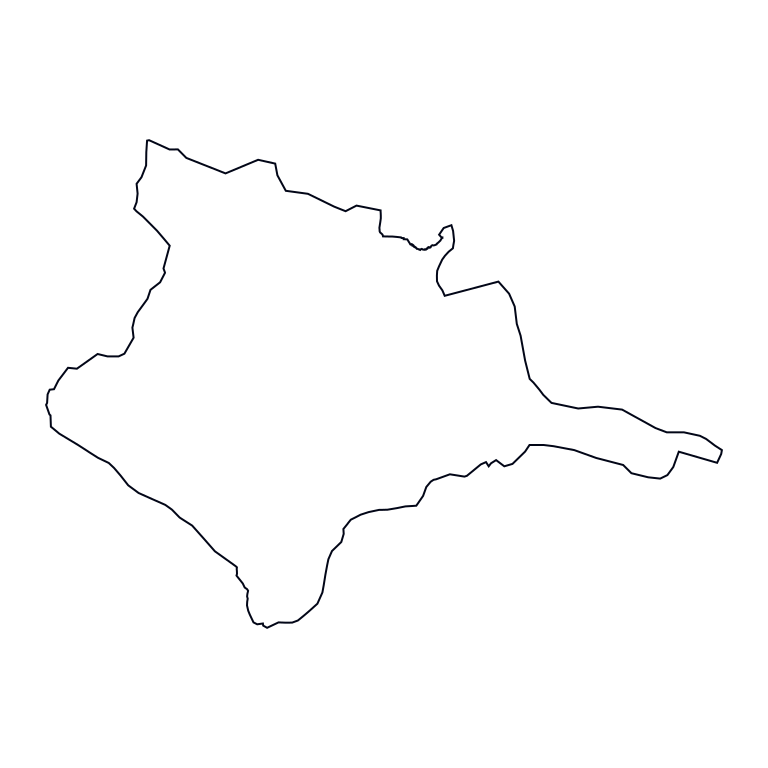 Akko, Gombe, Nigeria (Albers equal-area conic projection)
{"feature_id": "59680162B95139171035149", "entity_name": "Akko", "entity_type": "district", "adm_level": 2, "iso_a3": "NGA", "parent_name": "Nigeria", "parent_adm1": "Gombe", "projection": "albers", "projection_center": [11.094, 10.102], "detail": "fine", "context": "isolated", "style": "outline", "palette": "ink", "viewbox_px": 768, "rotation_deg": 0, "n_neighbors": 0, "source": "geoboundaries", "source_scale": "gbopen_adm2", "svg_char_len": 4220}
<svg xmlns="http://www.w3.org/2000/svg" viewBox="0 0 768 768"><path d="M263.2,625.6L267.1,627.8L278.5,622.4L286.1,622.7L292.2,622.6L297.9,620.5L303.9,615.6L308.6,611.6L317.4,603.7L322.4,592.5L323.7,585.3L325.0,577.2L325.4,574.7L327.1,565.5L328.4,559.2L332.0,551.0L341.3,542.0L343.7,533.9L343.4,529.0L347.6,523.8L348.0,523.2L350.8,519.7L355.6,517.3L360.6,514.7L368.6,512.1L379.0,509.9L380.5,509.9L387.5,509.7L397.0,508.1L405.4,506.4L412.1,506.0L416.3,505.7L423.1,495.9L426.3,487.0L430.7,481.7L433.6,479.8L436.1,479.3L449.9,474.3L458.8,475.7L461.8,476.2L464.5,476.6L466.6,475.9L466.8,475.9L480.8,464.4L486.0,462.1L488.7,466.3L491.0,463.3L496.1,460.1L504.3,466.3L512.5,463.9L525.1,451.6L529.5,445.0L543.7,445.0L553.6,446.2L574.3,450.1L596.3,458.0L600.6,459.1L623.2,465.0L631.4,473.2L648.2,477.3L660.2,478.6L667.4,475.1L673.3,467.0L678.8,451.7L717.1,462.8L721.2,454.0L721.9,450.1L714.8,445.5L706.2,439.0L699.9,435.8L683.8,432.3L666.7,432.3L655.6,428.1L634.4,416.4L622.1,409.6L598.0,406.7L578.2,408.5L551.5,402.9L547.9,399.4L546.7,398.2L543.3,394.9L539.4,389.7L533.9,383.1L533.5,382.6L529.7,378.9L525.1,360.5L520.6,335.7L516.8,323.9L514.7,306.5L509.1,293.7L498.4,281.6L459.5,291.9L444.7,295.8L442.4,290.4L439.0,285.6L437.0,281.3L436.9,275.6L437.2,270.8L439.0,266.4L442.2,259.6L445.0,255.7L448.7,251.7L452.9,248.3L453.4,244.9L454.1,241.0L454.1,240.4L453.8,237.8L453.6,235.8L453.2,232.0L453.1,231.0L451.4,225.2L443.7,228.0L439.1,234.7L441.3,237.2L441.4,237.4L442.4,237.4L442.4,237.9L441.7,237.9L441.6,238.3L441.5,238.7L441.3,239.0L440.9,239.6L440.5,240.4L440.3,240.7L440.1,240.8L439.6,241.3L438.9,242.0L438.6,242.3L438.0,242.8L437.4,243.3L436.8,243.7L436.6,244.4L434.9,245.1L433.8,245.4L433.1,245.4L432.5,245.2L431.6,245.6L430.6,246.9L430.6,247.3L430.1,247.6L429.6,247.7L429.1,247.2L428.5,247.1L427.9,247.5L427.5,247.8L427.4,248.1L427.6,248.5L427.3,248.8L426.6,248.8L426.4,248.8L426.2,249.0L426.0,249.6L425.7,249.7L425.4,249.7L425.1,249.5L424.9,249.3L424.7,249.3L424.6,249.6L424.3,249.8L423.8,249.7L423.5,249.6L423.3,249.6L423.0,249.6L422.8,249.5L422.3,249.2L422.0,249.0L421.8,248.9L421.0,249.3L420.7,249.3L420.4,249.3L420.2,249.8L420.0,249.7L419.6,249.5L419.3,249.7L418.9,249.4L418.4,249.2L418.0,249.0L417.7,248.9L417.2,248.8L416.8,248.8L416.6,248.5L416.4,248.1L416.1,248.0L415.9,247.6L415.3,247.5L415.0,247.3L415.2,247.0L414.9,246.8L414.5,247.0L414.3,247.0L413.7,246.5L413.8,246.1L413.7,245.6L413.4,245.3L413.2,245.4L413.0,245.7L412.7,245.5L412.3,245.6L412.2,245.4L412.3,244.5L412.0,244.3L411.9,244.2L411.7,244.1L411.3,244.4L411.1,244.5L410.6,244.6L410.3,244.4L409.7,243.2L408.7,241.7L408.3,241.0L407.5,239.7L407.3,239.4L404.0,239.2L403.7,239.2L403.7,238.1L401.6,238.0L401.4,237.9L401.2,237.5L401.0,237.4L396.4,236.9L391.9,236.5L388.2,236.5L383.0,236.4L382.8,235.5L382.5,234.6L381.8,233.9L380.3,232.6L380.0,232.2L379.6,231.1L379.6,230.0L379.4,227.8L380.3,222.0L380.8,218.4L380.8,215.7L380.7,213.0L380.6,211.6L380.6,210.4L356.5,205.6L345.6,211.2L340.8,209.3L334.1,206.6L307.9,193.8L285.8,190.8L277.4,175.3L275.2,163.6L258.1,159.8L225.5,173.4L186.3,157.9L177.9,149.4L169.6,149.5L149.1,140.2L147.1,140.6L146.9,143.1L146.3,152.2L146.3,152.5L146.1,165.5L141.5,177.2L136.6,183.8L137.6,193.6L136.6,202.2L134.1,208.7L136.5,211.3L143.0,216.6L157.0,230.7L164.0,238.9L169.7,245.7L163.5,268.5L164.9,272.3L165.0,272.8L160.1,282.3L150.5,289.8L147.5,298.8L143.1,304.9L137.8,312.1L134.6,318.0L133.1,324.8L132.4,327.6L133.6,337.7L124.4,353.7L118.6,356.4L107.5,356.4L97.6,354.0L76.9,368.7L68.0,367.8L64.0,373.1L58.3,380.6L58.0,381.3L57.2,382.8L54.0,389.2L49.7,389.7L47.6,394.4L47.1,402.9L46.1,404.9L49.4,414.3L49.5,414.5L50.5,415.4L50.9,426.7L56.6,431.4L59.2,433.6L69.3,439.7L78.4,445.2L88.0,451.4L88.4,451.7L98.0,457.8L107.8,462.5L108.8,463.0L114.0,467.9L120.6,475.6L128.2,485.3L138.6,493.0L152.0,499.0L165.3,504.9L170.1,508.3L172.0,509.7L179.6,517.5L181.4,518.7L186.4,521.9L192.2,525.6L195.3,529.1L204.2,539.1L214.9,551.3L235.7,566.2L236.9,567.3L236.8,568.4L236.7,568.9L236.9,571.1L237.0,573.8L236.5,575.6L242.8,583.5L244.7,587.5L247.1,589.2L248.1,590.8L247.4,593.8L247.1,596.4L247.7,598.7L247.2,601.7L247.0,605.4L248.2,610.7L249.8,614.6L253.5,622.4L257.2,624.3L262.9,623.5L263.2,625.6Z" fill="none" stroke="#020617" stroke-width="2"/></svg>